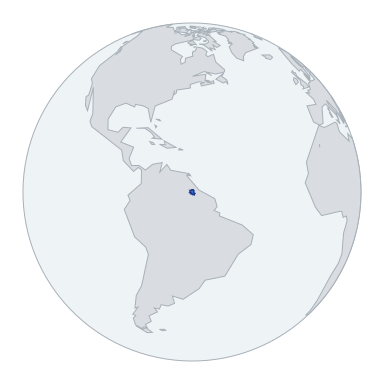 Potaro-Siparuni on an orthographic globe, rotated 12°
{"feature_id": "GUY-672", "entity_name": "Potaro-Siparuni", "entity_type": "Region", "adm_level": 1, "iso_a3": "GUY", "parent_name": "Guyana", "parent_adm1": "", "projection": "orthographic", "projection_center": [-59.388, 4.854], "detail": "fine", "context": "on_globe", "style": "filled", "palette": "blue", "viewbox_px": 384, "rotation_deg": 12, "n_neighbors": 0, "source": "natural_earth", "source_scale": "10m", "svg_char_len": 8482}
<svg xmlns="http://www.w3.org/2000/svg" viewBox="0 0 384 384"><g transform="rotate(12 192 192)"><circle cx="192" cy="192" r="169" fill="#eef3f6" stroke="#a8b0b8"/><path d="M104.3,47.6L105.6,46.8L120.0,39.2L135.0,32.9L138.4,31.9L132.7,36.1L139.4,35.0L142.6,40.2L145.7,38.6L148.9,40.3L153.8,39.4L153.0,41.1L157.5,38.9L157.3,37.6L159.2,36.3L162.0,35.8L161.5,37.7L160.1,38.3L161.4,38.6L159.9,39.9L162.2,38.9L161.3,41.7L166.4,38.3L169.1,40.0L167.4,42.1L162.1,42.6L145.0,50.6L141.6,53.8L142.1,57.2L154.5,61.4L153.0,64.9L154.9,69.2L158.2,66.5L157.9,62.4L164.5,59.1L163.3,55.0L165.8,53.2L166.8,49.2L172.5,49.1L177.5,51.5L177.0,55.0L179.2,56.4L184.4,52.8L188.1,59.8L198.4,65.6L198.7,67.8L190.8,71.7L178.8,71.7L168.5,78.8L181.1,73.8L181.6,80.3L184.2,81.4L187.6,81.1L189.7,78.6L191.1,81.0L179.2,86.3L177.8,84.2L181.6,82.4L175.9,82.7L167.9,87.2L168.8,90.6L155.8,95.5L156.2,98.2L153.7,101.1L153.8,96.3L153.3,105.3L138.1,115.5L137.2,132.4L131.7,119.3L125.8,117.8L118.5,118.1L118.2,120.8L109.0,118.8L99.7,124.6L94.8,138.1L96.8,148.5L107.2,149.0L111.0,143.1L119.0,142.0L111.9,157.9L125.6,160.3L123.5,172.4L127.3,178.7L134.5,177.1L141.9,180.2L147.6,173.2L156.7,169.4L156.4,179.2L161.7,170.3L166.6,175.1L184.8,174.7L183.3,177.0L198.6,188.7L215.7,193.8L219.6,201.0L217.5,205.5L223.6,206.7L223.7,209.7L248.1,213.9L260.8,221.0L260.6,231.2L250.2,243.1L241.6,267.5L223.2,275.5L219.0,285.1L205.6,298.8L194.4,297.8L198.1,304.5L192.4,308.5L185.2,308.7L184.5,313.3L179.3,313.3L183.2,316.4L175.7,322.1L179.0,326.9L173.9,331.3L176.3,333.9L173.9,333.8L171.8,334.7L171.9,336.2L164.3,333.6L160.8,327.5L162.7,324.4L159.5,323.8L163.2,315.8L160.3,317.4L159.0,304.7L162.2,294.1L162.3,262.1L158.3,255.6L145.2,247.8L129.4,223.2L133.2,213.2L130.0,208.4L140.6,194.3L138.1,181.0L134.4,179.1L130.6,184.0L118.3,175.6L114.5,165.6L80.3,148.9L77.5,143.9L78.7,135.9L73.8,110.2L72.9,134.2L69.8,129.4L68.5,120.8L70.8,118.7L72.0,106.6L70.1,102.0L75.2,87.7L89.7,70.5L89.3,73.1L92.8,69.1L93.5,65.9L93.0,64.9L105.9,51.0L109.9,45.2L105.4,47.2L110.8,44.2L101.2,49.5L104.3,47.6ZM135.7,138.2L151.5,146.6L141.9,147.6L143.9,146.0L140.0,142.6L132.6,139.4L124.3,141.2L135.7,138.2ZM144.2,128.8L141.4,128.1L144.3,128.1L144.2,128.8ZM92.3,64.8L93.1,66.1L91.3,70.0L90.2,69.1L92.3,64.8ZM96.3,58.4L97.6,58.1L93.6,61.7L94.1,60.8L96.3,58.4ZM101.5,49.4L101.5,49.5L100.3,50.1L101.5,49.4ZM163.6,49.6L165.2,49.4L164.2,50.2L163.6,49.6ZM162.6,48.1L160.3,49.2L159.5,48.7L160.9,48.1L162.6,48.1ZM165.5,47.0L158.3,47.7L156.9,46.9L161.0,43.8L165.5,47.0ZM156.0,37.4L156.4,38.8L153.5,38.2L156.0,37.4ZM153.7,37.4L142.0,38.4L142.9,36.4L146.6,36.3L145.7,34.6L151.9,33.0L153.8,33.7L152.0,35.2L155.7,33.6L153.7,37.4ZM159.8,35.8L157.3,36.0L157.9,34.2L162.9,33.5L161.1,34.3L159.8,35.8ZM142.4,35.0L143.8,33.8L149.1,32.2L150.4,31.5L152.1,32.9L142.4,35.0ZM162.4,34.4L165.4,33.3L167.7,33.7L162.2,35.5L162.4,34.4ZM156.0,34.2L156.5,33.4L157.8,33.5L156.0,34.2ZM177.5,35.2L174.6,35.1L174.7,34.2L177.5,35.2ZM166.4,32.8L165.6,32.7L165.3,32.4L167.7,31.8L166.4,32.8ZM155.8,31.8L157.7,31.5L155.3,31.1L159.2,30.2L159.7,31.3L161.1,30.5L162.3,30.2L161.4,31.5L155.8,31.8ZM169.2,30.4L171.1,32.0L176.6,32.1L176.6,32.9L167.9,32.6L169.2,30.4ZM164.7,30.9L167.5,30.7L166.2,31.6L163.5,32.3L164.7,30.9ZM161.7,29.2L155.6,30.3L155.7,30.1L161.7,29.2ZM171.1,30.2L170.5,29.8L171.6,30.1L171.1,30.2ZM164.9,29.2L162.7,29.6L162.9,29.3L164.9,29.2ZM171.4,28.9L172.0,29.4L170.1,29.8L171.4,28.9ZM168.6,28.9L169.4,28.4L169.1,29.7L167.6,29.1L168.6,28.9ZM165.4,28.9L164.8,28.8L166.3,28.8L165.4,28.9ZM178.0,27.4L178.1,28.9L174.0,29.7L174.5,28.1L178.0,27.4ZM177.5,338.9L165.1,334.5L171.9,336.5L175.5,334.4L182.4,337.6L177.5,338.9ZM188.7,333.2L193.6,332.0L195.0,332.7L192.0,333.8L188.7,333.2ZM327.2,90.6L327.4,92.1L322.1,85.9L317.4,78.8L317.2,78.6L327.2,90.6ZM307.9,69.1L308.5,69.6L309.5,70.6L311.4,72.4L312.6,73.7L310.7,72.0L309.1,70.3L308.1,69.7L316.3,78.6L319.3,81.8L319.7,84.7L324.9,90.4L326.6,93.7L318.5,85.3L315.8,82.0L304.5,74.4L307.4,78.0L318.2,85.7L316.9,85.4L320.9,91.2L316.8,86.5L304.2,78.1L301.5,81.8L306.0,97.7L302.7,100.0L296.3,98.3L286.6,83.8L295.0,80.5L291.7,76.1L283.1,71.0L286.4,70.7L284.0,68.4L286.5,67.3L283.3,61.1L284.8,59.9L277.0,53.5L276.8,52.3L281.4,56.2L285.5,58.6L288.5,56.6L287.2,55.1L281.9,51.4L283.4,51.6L277.9,48.3L276.4,46.3L273.6,46.3L267.3,42.8L262.8,39.8L260.2,38.9L267.5,43.8L270.8,45.9L274.5,47.5L283.1,54.3L283.5,56.0L272.5,49.5L271.8,51.5L263.6,46.3L249.1,35.0L246.4,32.8L255.7,35.5L260.1,37.4L258.9,37.2L266.0,40.2L262.6,38.6L263.8,39.1L258.9,36.9L272.2,43.3L284.8,50.8L296.7,59.4L307.9,69.1ZM340.2,110.8L338.5,107.8L340.4,111.2L345.8,122.0L350.4,133.2L354.2,144.7L357.2,156.4L359.3,168.3L360.6,180.4L361.0,192.5L360.5,204.6L359.2,216.6L357.0,228.5L353.9,240.2L350.1,251.7L345.4,262.9L339.9,273.7L333.7,284.0L331.7,287.0L328.7,289.0L332.5,283.0L337.0,272.0L345.1,244.8L350.0,231.2L351.5,221.3L348.8,200.6L349.7,188.0L348.0,183.4L345.1,185.4L342.6,179.9L340.4,180.3L323.7,188.1L316.0,181.4L300.8,159.5L302.0,149.6L297.7,139.0L302.2,100.5L308.1,101.4L317.3,94.0L319.4,94.7L323.7,102.5L335.0,109.6L332.2,102.6L337.0,106.0L336.7,104.7L340.2,110.8ZM306.6,118.7L307.8,121.8L306.6,118.7ZM185.4,174.6L187.5,176.5L184.6,176.6L185.4,174.6ZM140.3,151.5L143.8,151.8L145.5,153.3L142.7,153.8L140.3,151.5ZM170.5,152.0L174.7,152.8L170.2,153.6L170.5,152.0ZM154.1,147.7L167.1,151.7L158.5,154.4L150.3,152.1L156.1,151.3L154.1,147.7ZM141.9,134.3L144.0,135.0L143.2,136.7L141.9,134.3ZM146.3,128.8L145.4,129.0L144.5,127.5L146.3,128.8ZM182.3,79.9L183.3,79.6L186.7,79.8L184.9,80.9L182.3,79.9ZM202.9,75.3L204.8,79.3L202.2,77.0L200.0,78.9L191.9,76.7L198.4,68.9L196.9,72.6L202.9,75.3ZM182.9,72.3L187.3,74.1L182.3,72.5L182.9,72.3ZM267.9,58.9L271.0,59.8L273.3,62.4L271.3,65.4L268.0,61.5L267.9,58.9ZM274.8,60.5L264.4,54.0L265.2,52.4L266.5,54.3L268.1,53.8L270.6,56.9L281.5,62.2L284.3,65.0L279.1,68.2L279.3,65.4L276.3,64.5L274.8,60.5ZM236.5,45.1L232.1,43.5L239.6,41.7L242.9,43.5L241.2,46.2L236.2,45.8L236.5,45.1ZM174.3,41.8L172.1,42.2L172.3,41.6L174.2,40.7L174.3,41.8ZM176.2,35.2L184.1,39.7L182.0,40.2L189.1,42.8L186.4,45.4L181.8,43.6L185.0,47.9L179.8,47.3L182.6,50.1L172.8,45.7L168.2,45.8L174.3,44.6L177.0,42.1L176.8,41.0L172.8,38.2L164.3,37.6L165.6,35.4L168.8,34.1L171.0,33.9L169.5,35.3L173.6,34.1L173.0,35.9L176.2,35.2ZM205.3,26.4L202.6,26.9L210.8,27.1L210.3,28.0L211.3,28.0L213.0,29.0L216.9,30.4L215.9,30.8L217.9,31.2L219.1,32.1L221.4,32.9L220.4,34.1L223.2,35.2L221.1,35.2L226.2,36.9L222.0,36.2L223.2,37.6L226.6,37.5L215.5,44.5L214.1,48.7L215.2,52.9L207.9,51.8L202.1,47.5L198.2,42.3L200.6,38.7L196.8,39.2L196.9,37.7L199.8,37.9L195.3,36.7L196.1,35.6L192.6,32.6L185.6,32.0L184.1,31.1L187.3,30.8L183.6,30.2L188.6,29.1L187.6,28.6L191.6,27.3L198.3,27.4L196.7,26.8L199.7,26.1L205.3,26.4ZM179.3,27.0L187.4,26.5L191.1,26.9L182.6,29.1L182.7,29.7L177.4,31.7L172.2,31.2L174.2,30.6L174.9,30.0L176.3,30.4L175.7,29.6L178.4,28.9L178.8,28.2L181.3,28.2L179.3,27.0ZM318.4,91.5L319.4,91.5L320.1,90.7L322.7,94.6L318.4,91.5ZM309.9,85.8L310.3,85.0L314.3,89.6L313.3,89.8L309.9,85.8ZM307.2,80.9L310.1,84.6L307.9,82.8L307.2,80.9ZM281.5,55.5L281.5,54.7L282.8,55.6L284.3,57.0L281.5,55.5ZM229.5,28.8L227.3,28.6L226.5,28.3L220.5,27.3L220.4,26.8L224.0,27.2L229.5,28.8ZM329.6,94.0L331.0,96.0L330.2,94.9L329.6,94.0L329.1,93.3L329.6,94.0ZM328.2,95.1L330.0,96.3L328.9,96.2L328.2,95.1ZM228.4,28.1L225.9,27.7L227.4,27.7L228.4,28.1ZM220.0,26.4L221.1,26.3L219.7,26.6L220.0,26.4ZM217.5,25.0L220.0,25.5L218.8,25.3L217.5,25.0Z" fill="#d9dde1" stroke="#a8b0b8" stroke-width="1"/><path d="M189.9,193.0L189.7,193.0L189.7,192.9L189.8,192.8L189.9,192.7L190.0,192.7L190.1,192.4L190.1,192.2L190.1,191.9L190.2,191.7L190.3,191.4L190.2,191.3L190.0,191.2L189.9,191.1L190.0,191.1L190.2,190.9L190.3,190.7L190.6,190.4L190.8,190.4L191.2,190.4L191.3,190.4L191.5,190.4L191.4,190.1L191.4,189.9L191.5,189.9L191.9,189.8L192.0,189.8L192.2,189.7L192.3,189.6L192.5,189.5L192.7,189.8L192.8,189.8L192.8,190.0L193.0,190.1L193.3,190.2L193.5,190.2L193.6,190.3L193.5,190.5L193.6,190.8L193.7,191.1L193.6,191.5L193.7,191.8L193.7,192.3L193.8,192.3L194.0,192.3L194.1,192.5L194.3,192.6L194.5,192.7L195.0,192.7L195.2,192.8L195.0,193.2L194.9,193.4L194.8,193.7L194.8,193.8L194.7,193.7L194.4,193.7L194.3,193.8L194.2,193.8L194.1,194.0L193.7,194.3L193.6,194.5L193.4,194.5L193.1,194.2L192.9,194.0L192.7,194.0L192.4,194.1L192.0,194.1L191.9,194.0L191.8,193.9L191.7,193.9L191.8,193.8L191.8,193.7L191.8,193.4L191.8,193.2L191.7,193.0L191.4,193.4L191.2,193.4L190.8,193.2L190.7,193.2L190.4,193.1L190.2,193.1L189.9,193.0L189.9,193.0Z" fill="#3b82f6" stroke="#1e3a8a" stroke-width="1.5"/></g></svg>